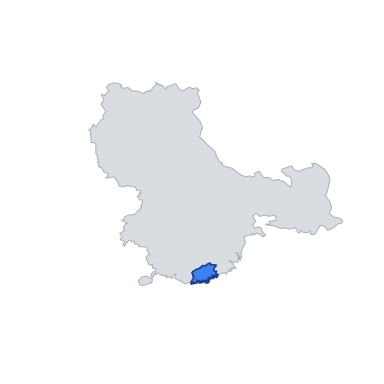 location of Fujian within China, rotated 41°
{"feature_id": "CHN-1178", "entity_name": "Fujian", "entity_type": "Province", "adm_level": 1, "iso_a3": "CHN", "parent_name": "China", "parent_adm1": "", "projection": "equal_earth", "projection_center": [118.681, 25.949], "detail": "fine", "context": "in_parent", "style": "filled", "palette": "blue", "viewbox_px": 384, "rotation_deg": 41, "n_neighbors": 0, "source": "natural_earth", "source_scale": "10m", "svg_char_len": 9148}
<svg xmlns="http://www.w3.org/2000/svg" viewBox="0 0 384 384"><g transform="rotate(41 192 192)"><path d="M206.7,274.9L200.5,271.9L200.1,268.5L201.2,266.7L196.8,265.8L194.1,263.1L187.6,268.2L186.1,266.7L183.0,268.8L180.6,266.9L178.9,269.3L176.9,268.6L175.9,270.1L176.6,277.2L174.3,276.9L173.7,273.3L169.1,275.1L168.2,271.5L164.6,270.7L166.5,265.6L163.5,264.1L162.8,259.5L163.6,258.1L157.5,259.5L158.3,257.4L157.6,254.9L159.2,250.9L163.4,247.0L164.0,236.3L162.4,236.4L161.7,232.7L159.8,230.5L158.1,232.2L153.3,231.0L154.8,228.8L154.3,227.0L152.8,227.8L154.0,225.8L152.6,224.6L149.4,227.1L145.9,225.4L139.2,229.6L136.1,233.9L132.8,235.3L129.6,233.1L123.3,231.7L118.0,237.9L117.2,233.0L112.4,234.7L107.8,232.9L106.7,234.0L105.6,232.9L104.8,234.2L103.5,231.9L101.0,231.6L101.3,229.9L97.2,227.9L96.8,226.0L94.4,226.2L88.1,219.1L85.2,219.0L83.5,220.9L75.3,212.5L73.6,213.1L74.1,209.0L73.0,205.6L76.8,205.7L76.0,196.5L77.4,194.8L74.6,192.7L74.3,187.7L66.2,185.7L65.3,184.3L65.6,180.7L59.6,177.8L63.2,176.3L62.4,175.1L63.1,170.3L58.7,169.2L59.0,164.2L60.4,163.5L61.3,160.8L65.6,158.3L68.9,157.4L69.0,159.3L71.9,159.0L75.3,155.1L80.7,154.9L83.9,152.1L91.0,149.3L91.4,145.8L93.2,144.6L92.8,143.7L94.6,143.0L93.8,137.8L95.1,134.3L92.7,133.4L101.0,130.8L104.2,132.1L105.0,130.4L103.9,129.5L108.7,120.8L115.7,122.7L118.9,121.5L121.1,114.8L124.8,113.6L126.8,110.6L130.7,110.3L130.8,113.5L139.7,118.2L141.7,124.2L139.2,129.8L139.9,131.7L150.9,133.1L158.3,136.7L158.0,138.1L161.7,145.5L183.7,146.5L186.4,148.7L192.9,151.0L196.4,150.3L196.3,151.5L198.4,151.9L206.5,147.9L217.7,147.1L222.3,145.2L225.1,142.0L229.2,139.9L227.0,136.3L229.3,132.4L236.4,134.2L240.7,130.6L245.4,130.2L249.2,125.7L252.5,125.3L252.9,124.1L263.2,123.6L262.5,121.0L257.4,116.5L254.4,116.5L252.6,118.3L250.2,117.1L246.5,118.1L245.0,115.7L250.0,106.8L254.8,108.4L260.5,105.5L260.1,103.7L263.8,97.6L266.5,95.1L266.1,92.7L263.6,91.9L267.4,89.1L277.8,87.8L286.0,90.3L289.0,93.7L294.6,104.8L294.6,106.9L302.7,109.1L307.3,111.8L309.6,118.1L315.8,118.0L318.4,115.9L323.0,114.4L324.6,115.1L325.3,118.0L323.0,120.2L322.3,125.9L319.6,132.0L314.2,130.9L310.6,133.6L312.4,141.8L311.7,144.5L309.0,145.4L309.5,146.5L306.6,143.9L305.9,147.0L302.7,149.4L298.9,149.6L300.1,151.8L299.5,153.1L293.2,151.2L290.2,155.8L285.4,158.4L282.8,161.5L276.5,163.4L269.2,168.4L268.9,167.3L271.5,166.2L272.0,164.6L269.6,164.6L269.6,163.7L273.9,158.2L272.0,155.4L269.1,155.9L266.1,159.7L261.3,162.5L259.5,165.8L254.2,166.1L253.6,170.2L259.3,172.5L259.4,176.7L260.9,177.8L263.0,177.7L265.2,174.6L267.4,173.7L271.4,175.9L276.0,176.2L274.6,179.6L272.8,178.9L267.7,180.8L267.0,183.8L264.9,183.4L265.4,184.7L260.4,191.5L265.4,194.9L268.1,204.7L272.7,209.4L272.4,210.6L266.6,208.1L264.4,209.2L267.5,208.9L272.8,214.6L268.5,218.7L266.4,218.7L265.2,219.6L270.1,219.2L274.0,221.9L271.3,224.3L273.5,224.3L273.3,226.5L271.1,226.5L272.2,227.6L271.2,229.6L271.9,231.8L269.7,231.5L267.9,233.5L264.6,242.2L262.4,241.2L263.8,244.1L261.9,245.8L260.3,245.4L262.6,246.2L262.6,250.0L260.5,249.7L261.0,251.1L259.6,251.2L258.1,254.9L254.2,255.9L255.2,257.3L251.9,261.5L249.7,261.2L247.6,265.6L235.8,268.4L233.5,264.6L232.6,265.9L233.6,270.3L231.4,270.4L228.9,273.2L227.8,271.9L227.6,273.4L225.8,272.7L224.2,274.6L218.4,276.0L217.1,278.5L218.8,281.3L218.0,282.7L215.7,282.3L214.8,278.7L216.1,275.1L214.4,273.7L212.4,275.4L209.2,272.3L209.3,274.1L206.7,274.9ZM219.4,283.7L221.1,286.9L216.4,294.7L213.7,296.2L209.8,294.2L209.7,289.2L212.7,285.4L219.4,283.7ZM272.9,211.9L271.3,211.6L269.8,210.0L271.0,210.3L272.9,211.9ZM274.9,220.7L273.7,221.0L273.5,220.2L274.9,220.7ZM263.7,248.8L263.0,249.8L263.1,248.5L263.7,248.8ZM217.7,278.2L218.9,277.6L218.8,278.4L217.7,278.2Z" fill="#d9dde1" stroke="#a8b0b8" stroke-width="1"/><path d="M266.3,238.0L266.4,238.8L266.1,238.4L265.8,238.3L265.9,238.0L265.8,237.9L265.4,237.9L265.5,238.0L265.4,238.2L265.2,238.5L265.6,238.3L265.8,238.5L266.0,238.3L266.1,238.6L266.4,238.9L266.1,238.9L266.3,239.0L266.1,239.1L266.2,239.3L265.5,239.0L265.7,239.5L265.6,239.4L265.4,239.6L265.5,239.7L265.6,239.9L265.1,240.0L265.5,240.1L265.4,240.4L265.0,240.3L264.8,240.6L264.5,240.5L264.5,240.9L265.0,241.2L264.9,241.5L265.1,241.6L264.9,241.8L265.0,242.1L264.8,242.3L264.8,242.1L264.5,242.3L264.2,242.3L264.1,242.6L263.8,242.9L263.6,242.8L263.7,242.4L264.3,242.1L264.3,241.9L264.4,241.6L264.5,241.7L264.8,241.2L264.7,241.1L264.0,241.2L264.1,241.4L263.9,241.8L263.9,242.0L263.7,242.1L263.6,241.7L263.4,241.8L263.5,241.3L263.6,241.2L263.4,241.2L263.7,240.8L263.4,241.0L263.2,241.5L263.0,241.1L262.9,241.1L262.9,241.4L263.1,241.8L262.6,241.5L262.5,241.2L262.3,241.5L262.5,241.8L262.5,242.1L262.2,242.0L262.5,242.6L262.9,242.3L263.1,242.3L263.4,242.5L263.3,242.8L263.4,243.0L263.5,243.3L263.4,243.6L262.8,243.0L262.3,243.3L262.7,243.4L262.8,243.9L262.9,244.1L263.2,244.1L263.2,243.8L263.3,243.9L263.6,243.5L263.6,243.8L264.2,243.9L263.8,244.2L263.5,244.2L263.4,244.4L262.8,244.5L262.7,244.6L262.8,244.7L262.8,244.8L262.5,245.1L262.5,245.3L262.3,245.4L261.8,246.3L261.7,246.3L261.6,246.1L261.0,245.9L260.7,245.6L260.1,245.3L260.4,245.6L260.6,245.6L260.8,246.4L261.2,246.5L261.8,246.4L262.1,245.9L262.4,245.9L263.0,246.2L262.9,246.7L262.6,246.9L262.5,247.2L262.4,247.0L262.6,247.7L262.5,248.2L262.2,248.0L261.8,248.2L262.0,248.9L262.3,248.9L262.4,249.1L262.5,249.2L262.4,249.3L262.5,249.3L262.4,249.4L262.5,249.4L262.7,249.6L262.7,250.0L262.8,250.3L262.4,250.3L262.5,250.2L262.4,249.6L262.2,249.6L262.2,249.9L262.3,250.0L262.0,250.2L262.1,249.5L261.9,249.5L261.7,249.6L261.8,249.3L261.4,249.2L261.5,248.8L261.4,248.9L261.3,248.7L261.1,248.7L261.2,248.8L260.8,249.5L260.2,249.9L260.5,250.5L260.6,250.3L260.7,250.5L260.6,250.9L260.8,250.4L261.0,250.4L261.3,250.8L261.3,251.0L261.0,251.0L261.1,251.3L260.9,251.4L260.5,251.4L260.4,251.1L260.2,251.2L260.2,251.4L260.4,251.6L260.1,251.7L260.2,251.8L260.0,251.7L259.9,251.7L260.0,251.2L259.5,251.1L259.8,250.8L259.1,251.0L259.3,251.1L259.3,251.4L259.6,251.4L259.4,251.8L259.0,251.9L259.0,252.1L259.5,252.5L259.7,252.2L259.6,252.6L259.7,252.8L259.8,252.8L259.6,252.9L259.3,252.8L259.3,253.1L259.4,253.3L259.6,253.2L259.5,253.3L258.7,253.2L258.3,253.5L258.3,253.4L258.4,253.2L258.2,252.9L258.2,253.2L258.1,252.8L258.0,253.1L258.1,253.3L257.7,253.3L257.8,253.4L258.0,254.0L258.3,253.7L258.4,254.0L258.6,254.0L258.2,254.6L257.9,254.9L258.1,255.0L257.9,255.4L257.6,255.6L257.6,255.4L257.0,254.9L257.0,254.4L256.8,254.6L256.9,254.9L256.9,255.0L256.6,255.2L256.3,255.1L256.0,255.4L255.8,255.2L256.0,255.0L255.8,254.9L255.8,254.7L255.7,254.5L255.5,255.2L255.1,255.0L255.1,255.3L254.9,255.3L255.0,255.2L254.8,255.4L255.2,255.6L254.9,255.9L255.0,256.1L254.3,255.8L254.1,255.8L254.5,256.0L253.9,255.9L254.5,256.4L255.1,256.3L255.0,256.8L255.4,256.7L255.5,257.2L255.3,257.3L254.9,257.7L254.8,257.9L254.7,257.5L254.6,257.9L254.4,258.3L254.4,258.7L254.2,258.7L253.7,259.5L253.6,259.4L253.7,259.2L254.0,258.8L253.8,258.8L253.8,258.4L253.7,258.7L253.3,258.5L253.5,258.7L253.5,259.2L253.2,259.5L253.1,259.9L253.2,260.2L253.0,260.6L253.0,259.8L252.9,259.5L252.1,259.2L252.1,259.5L252.4,259.5L252.5,259.7L252.4,260.3L252.2,260.3L252.0,260.2L251.7,260.4L251.4,261.1L251.5,261.2L251.3,261.4L251.2,260.9L251.1,261.0L251.2,261.3L250.3,260.6L249.8,258.4L250.0,257.6L249.6,256.4L249.4,256.1L249.3,255.8L249.0,255.5L249.1,254.7L248.6,254.6L247.9,255.0L247.2,253.6L246.7,253.8L246.6,253.5L245.9,253.5L245.6,253.2L244.9,253.1L244.8,252.8L244.9,252.5L244.7,251.3L245.0,251.1L245.3,250.4L245.5,249.4L245.7,248.9L245.6,248.5L246.0,247.7L246.1,247.0L246.4,246.8L247.0,246.4L247.4,245.8L247.5,245.4L247.4,244.4L247.9,243.6L248.2,243.8L248.3,243.6L248.4,243.0L248.2,242.9L248.1,242.6L247.9,241.8L248.1,240.7L248.7,240.0L249.9,239.7L250.4,239.2L251.0,238.1L250.9,237.7L250.7,237.7L250.9,237.2L250.8,236.4L251.3,235.3L251.6,235.0L251.7,234.4L251.9,234.4L252.7,233.7L253.2,234.5L253.8,234.8L254.0,234.5L254.0,234.2L254.7,233.8L255.3,233.7L255.6,233.3L256.7,233.0L256.8,232.5L256.6,232.2L256.9,231.9L257.1,231.8L257.4,231.9L257.8,231.7L258.2,231.8L258.4,231.5L258.7,232.2L258.6,232.4L258.7,232.7L258.5,233.0L258.5,233.8L258.8,234.2L259.1,235.3L259.1,235.6L259.3,236.4L259.1,236.6L259.2,236.8L260.2,236.9L260.4,237.2L260.9,237.2L261.4,236.7L261.8,236.6L262.2,235.7L262.5,235.7L262.6,235.8L262.5,236.1L262.9,236.7L262.9,237.2L263.3,237.9L264.0,237.8L264.3,237.6L264.6,237.7L265.1,237.4L265.5,237.3L266.1,237.6L266.3,238.0ZM263.7,249.1L263.5,249.3L263.7,249.6L263.3,249.7L263.3,250.0L263.0,249.7L263.0,249.4L262.8,249.4L263.4,249.2L263.1,249.2L263.1,248.8L263.3,248.3L263.4,248.7L263.6,248.8L263.8,249.0L263.7,249.1ZM251.9,260.4L252.7,260.6L252.4,261.1L252.2,261.2L252.2,261.6L251.7,261.6L252.0,260.9L251.8,260.9L251.9,260.6L251.9,260.4ZM255.4,255.4L255.8,255.5L255.6,256.2L255.3,256.0L255.4,255.8L255.3,255.7L255.4,255.4ZM260.9,245.9L261.6,246.2L261.6,246.3L260.9,246.2L260.7,245.6L260.9,245.9ZM261.3,248.9L261.3,249.7L261.1,249.8L261.0,249.5L261.1,249.1L261.3,248.9ZM262.1,251.2L262.4,251.2L262.2,251.5L262.1,251.3L261.9,251.2L261.9,250.9L262.1,251.2ZM262.5,245.4L262.7,245.7L262.6,245.8L262.3,245.6L262.5,245.4ZM265.9,240.3L265.9,240.1L266.0,240.0L266.2,240.3L265.9,240.3Z" fill="#3b82f6" stroke="#1e3a8a" stroke-width="1.5"/></g></svg>